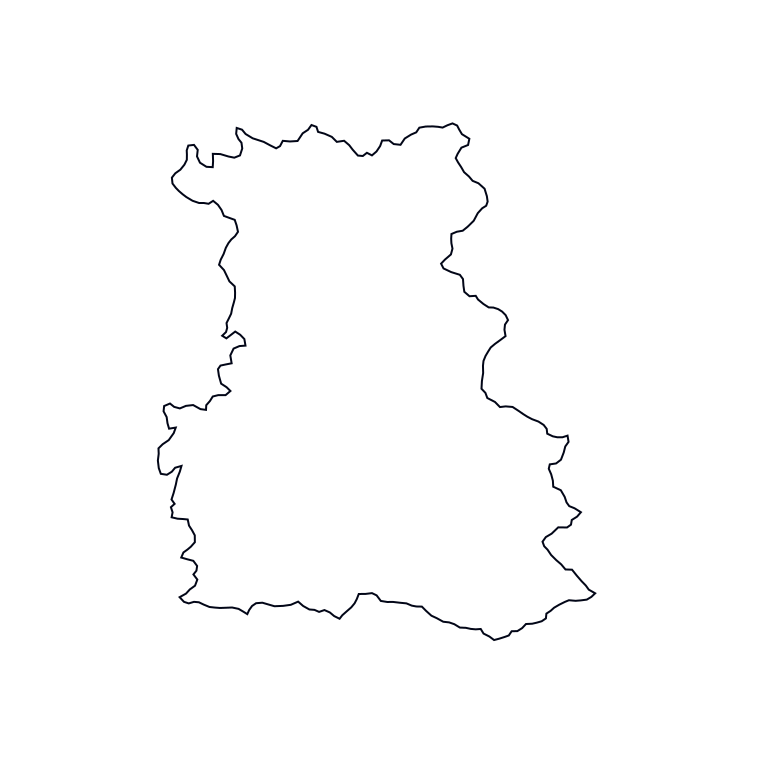 outline of Bom Sucesso, Minas Gerais, Brazil, rotated 108°
{"feature_id": "56859067B71909966942308", "entity_name": "Bom Sucesso", "entity_type": "district", "adm_level": 2, "iso_a3": "BRA", "parent_name": "Brazil", "parent_adm1": "Minas Gerais", "projection": "orthographic", "projection_center": [-44.79, -21.016], "detail": "fine", "context": "isolated", "style": "outline", "palette": "ink", "viewbox_px": 768, "rotation_deg": 108, "n_neighbors": 0, "source": "geoboundaries", "source_scale": "gbopen_adm2", "svg_char_len": 4702}
<svg xmlns="http://www.w3.org/2000/svg" viewBox="0 0 768 768"><g transform="rotate(108 384 384)"><path d="M649.9,512.5L653.0,506.9L653.0,501.9L649.9,497.4L648.8,492.6L649.5,487.4L650.0,481.1L648.9,475.8L647.7,470.8L645.5,464.8L643.5,459.4L642.8,452.8L644.0,447.4L645.1,442.9L640.7,442.4L635.9,440.9L632.0,437.9L629.6,432.1L629.4,425.5L629.2,419.5L626.2,411.4L622.8,404.4L617.5,398.4L620.1,392.3L621.5,385.3L620.3,380.3L620.8,375.3L617.4,370.8L618.0,364.9L620.1,359.7L621.0,353.7L616.8,352.2L611.7,349.2L606.5,346.1L601.7,344.2L596.9,343.4L591.5,343.1L589.4,336.8L586.6,330.8L587.3,325.7L591.3,320.0L590.3,313.5L588.5,308.2L587.1,301.2L585.7,294.9L586.2,289.1L585.6,284.5L584.0,279.2L586.8,273.8L589.7,267.3L590.4,261.5L591.8,254.2L590.6,248.4L590.7,242.9L592.2,236.6L590.6,230.8L590.1,225.8L589.0,221.0L587.1,216.3L590.6,212.2L591.6,205.7L593.5,200.2L590.6,195.7L587.3,191.1L584.6,187.6L579.7,186.2L577.8,180.8L573.5,177.2L568.4,174.8L566.2,169.0L563.8,165.0L560.9,160.7L556.9,157.6L552.2,158.6L548.2,155.4L544.2,153.1L539.7,149.1L535.3,144.6L532.5,141.3L531.0,134.8L529.0,130.0L526.4,124.5L522.4,121.0L517.8,118.5L516.3,125.7L513.3,129.8L510.5,135.1L506.7,141.4L502.5,147.8L504.3,154.1L500.8,159.7L498.3,165.7L495.0,172.2L491.0,177.3L488.8,181.5L485.0,184.5L479.6,182.8L474.5,178.3L466.5,174.0L463.9,165.6L460.0,162.7L455.3,163.4L450.5,159.4L445.1,157.1L443.3,164.4L442.9,170.1L440.2,173.8L435.5,177.3L430.4,183.0L429.4,191.3L423.8,193.5L418.2,197.1L413.7,201.1L409.2,201.5L406.4,195.8L401.3,192.3L393.6,191.9L387.4,192.3L382.0,190.6L376.4,193.5L379.5,197.8L381.1,202.6L381.6,207.3L380.8,213.4L376.4,215.4L373.6,219.5L372.0,225.5L371.7,232.3L370.8,237.6L369.6,242.3L368.0,247.6L366.1,254.6L367.7,261.4L370.1,266.6L366.8,272.9L365.4,281.4L361.1,284.8L358.4,289.8L350.9,291.8L342.9,293.1L336.1,295.5L331.3,296.5L325.9,296.1L321.0,295.0L316.3,293.8L311.5,290.8L306.7,287.3L300.9,283.2L295.2,286.2L290.1,287.3L284.9,285.8L280.9,289.6L278.6,294.1L277.5,298.6L277.5,303.6L278.8,308.1L277.2,314.1L274.6,320.7L271.8,324.0L274.1,329.8L271.5,336.1L266.0,338.8L259.8,341.3L256.7,345.6L256.8,354.7L255.7,363.1L251.9,366.9L246.7,364.4L240.1,360.4L234.1,360.7L229.3,363.4L225.1,365.0L220.5,366.2L216.7,361.8L213.9,356.5L208.5,353.0L201.0,349.1L192.5,347.6L186.5,344.9L182.9,341.9L178.5,341.8L173.6,344.2L167.2,348.7L163.9,356.2L163.4,362.5L160.4,367.3L157.8,373.3L153.9,377.6L150.3,382.1L147.0,385.6L142.4,385.1L135.3,383.4L130.7,377.9L124.4,378.6L122.3,387.1L118.7,391.2L115.6,394.3L115.0,399.4L118.3,403.6L122.0,407.5L122.7,412.1L123.9,417.1L126.2,423.8L129.3,429.6L134.7,431.1L138.4,435.3L144.1,440.1L151.4,442.2L152.8,448.9L150.7,454.5L153.0,461.0L158.9,461.2L165.2,463.0L170.3,466.1L169.4,471.7L173.7,474.6L174.8,479.4L170.9,486.1L167.6,490.9L165.0,497.1L168.3,503.7L165.1,510.0L164.3,517.9L164.6,524.6L160.3,527.7L160.1,533.0L165.7,534.8L170.7,538.8L179.6,541.3L182.4,548.4L184.0,555.4L189.9,556.4L193.2,559.4L192.2,566.0L190.9,573.2L190.9,584.8L189.0,592.9L186.0,597.6L186.0,603.2L191.8,601.9L196.0,598.1L198.6,594.1L203.8,591.6L211.1,591.6L215.0,596.3L215.7,602.2L215.9,610.7L218.0,617.9L224.9,615.4L230.7,613.9L232.3,620.0L230.4,627.4L225.3,632.2L218.9,633.5L215.3,638.6L217.7,643.8L222.8,643.8L226.8,642.3L231.7,640.8L237.1,641.6L243.1,643.9L248.1,647.6L253.3,649.5L258.7,647.1L261.8,642.6L263.9,638.6L265.7,634.3L267.3,629.7L268.9,622.7L269.0,615.9L267.5,611.1L266.8,606.5L262.6,603.1L264.9,597.3L268.7,592.3L273.6,588.2L273.8,583.2L274.0,576.7L278.7,573.2L284.4,569.9L289.5,571.4L293.7,573.9L298.1,575.5L303.3,576.5L309.9,576.7L316.2,577.7L321.6,577.7L325.1,571.4L330.3,566.4L334.2,562.7L337.3,556.1L343.3,553.8L348.3,552.3L352.9,552.0L358.7,551.8L364.4,551.1L369.4,551.8L374.7,552.6L379.0,550.5L383.4,550.3L388.1,552.8L389.3,548.0L384.2,544.5L380.1,541.7L381.6,536.0L384.4,530.7L390.3,527.6L392.6,533.2L396.8,538.0L404.3,539.0L411.4,535.3L414.4,540.7L417.0,545.2L421.2,546.5L427.1,543.6L434.0,539.0L435.7,532.7L438.1,527.9L443.5,531.2L445.8,538.2L448.8,543.0L454.0,544.3L459.1,546.5L463.6,545.3L464.6,550.8L463.0,559.0L466.0,565.6L470.3,570.6L470.6,576.5L468.7,581.5L472.9,586.3L478.1,585.2L482.6,580.5L488.2,577.8L492.9,574.6L489.8,568.6L495.7,568.8L503.9,571.4L509.7,575.9L514.9,578.6L520.0,576.7L526.7,575.4L533.6,572.2L538.4,568.5L537.4,562.4L533.0,558.7L528.2,556.8L524.5,551.3L530.4,551.1L537.8,551.6L544.0,550.9L552.7,550.4L559.5,550.4L562.7,546.1L567.0,548.6L571.4,545.4L576.4,544.8L575.9,538.7L574.5,533.3L573.5,528.8L578.9,525.7L582.4,521.4L586.4,517.2L592.9,515.0L598.4,517.4L602.1,519.7L606.2,522.7L611.7,523.2L611.5,517.2L611.1,510.7L614.8,505.5L619.5,504.7L624.0,506.4L627.7,501.1L634.2,501.4L639.4,505.2L644.5,507.5L649.9,512.5Z" fill="none" stroke="#020617" stroke-width="2"/></g></svg>